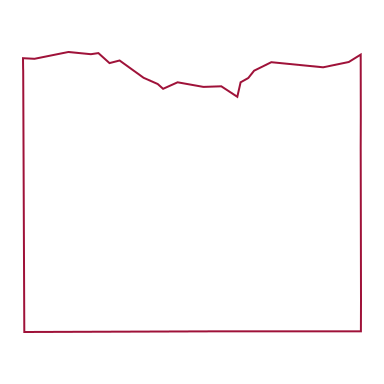 outline of Iowa, Wisconsin, United States of America
{"feature_id": "52423323B56817190019531", "entity_name": "Iowa", "entity_type": "district", "adm_level": 2, "iso_a3": "USA", "parent_name": "United States of America", "parent_adm1": "Wisconsin", "projection": "robinson", "projection_center": [-90.132, 43.011], "detail": "fine", "context": "isolated", "style": "outline", "palette": "rose", "viewbox_px": 384, "rotation_deg": 0, "n_neighbors": 0, "source": "geoboundaries", "source_scale": "gbopen_adm2", "svg_char_len": 455}
<svg xmlns="http://www.w3.org/2000/svg" viewBox="0 0 384 384"><path d="M157.7,84.0L143.6,77.8L119.6,60.5L109.5,63.1L98.4,53.1L90.9,54.2L68.3,52.0L34.5,58.8L23.0,58.2L23.1,68.3L23.2,70.9L24.3,332.0L226.7,331.3L360.9,331.3L361.0,300.6L360.7,147.3L360.8,116.3L360.7,54.6L348.8,62.0L323.1,67.3L271.3,62.2L254.1,70.7L248.3,78.0L240.6,82.3L237.3,96.8L221.3,86.3L203.4,86.9L177.6,82.3L163.1,88.8L157.7,84.0Z" fill="none" stroke="#9f1239" stroke-width="2"/></svg>